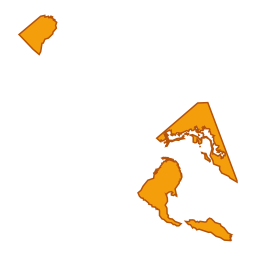 South New Georgia-Rendova, Western, Solomon Islands (orthographic projection)
{"feature_id": "97153195B70216176300277", "entity_name": "South New Georgia-Rendova", "entity_type": "district", "adm_level": 2, "iso_a3": "SLB", "parent_name": "Solomon Islands", "parent_adm1": "Western", "projection": "orthographic", "projection_center": [157.385, -8.25], "detail": "fine", "context": "isolated", "style": "filled", "palette": "amber", "viewbox_px": 256, "rotation_deg": 0, "n_neighbors": 0, "source": "geoboundaries", "source_scale": "gbopen_adm2", "svg_char_len": 6075}
<svg xmlns="http://www.w3.org/2000/svg" viewBox="0 0 256 256"><path d="M160.6,141.7L160.1,141.0L160.8,141.6L161.2,140.1L162.2,141.0L165.1,139.6L166.0,136.7L165.6,135.9L164.4,136.4L165.0,136.1L164.8,135.1L165.0,135.0L164.4,134.3L166.7,134.3L165.9,132.7L165.2,132.6L169.6,130.1L170.1,130.8L171.2,130.3L171.4,134.0L172.3,134.0L170.9,134.8L172.2,135.6L174.2,134.4L175.2,135.2L176.6,132.9L178.9,132.8L179.1,133.7L181.0,133.0L181.4,134.5L181.5,133.0L186.8,130.6L188.6,131.5L189.4,129.6L191.0,129.1L191.9,130.6L193.0,130.5L195.1,129.3L195.5,127.7L194.6,127.7L194.8,127.0L196.5,126.3L197.7,129.2L198.8,129.4L197.7,130.8L197.4,129.3L195.9,130.1L196.3,131.3L195.7,131.2L197.2,132.3L198.7,132.3L198.5,131.6L200.1,132.0L200.7,130.5L202.8,130.5L203.3,130.0L202.5,128.0L204.2,128.6L203.4,127.0L204.1,127.2L204.4,126.5L206.3,128.7L209.0,128.7L209.8,129.3L209.0,131.6L210.1,131.4L210.9,134.4L214.3,135.7L212.6,137.1L213.6,137.7L213.6,140.6L215.7,145.0L218.8,145.8L218.6,147.2L216.2,149.2L216.6,150.4L219.4,150.2L217.5,152.1L219.1,152.5L220.4,151.2L221.9,151.3L222.5,153.2L223.6,151.8L225.2,153.3L225.0,155.6L223.9,155.3L222.9,158.0L221.4,158.2L221.1,159.2L221.3,157.5L221.7,156.9L220.3,155.8L220.6,154.2L218.0,156.1L213.8,153.7L212.9,153.9L212.7,151.6L211.7,150.1L210.1,155.6L212.8,160.4L213.6,164.0L219.7,166.4L219.6,169.5L221.7,173.0L228.8,176.3L230.0,178.0L237.0,182.1L236.9,180.4L207.8,102.6L197.7,103.0L156.7,138.2L160.6,141.7ZM181.7,175.4L181.5,173.7L180.3,172.1L180.3,170.9L179.5,170.7L179.7,168.5L179.3,168.6L178.2,166.8L178.2,164.5L177.4,164.7L177.8,163.8L176.1,161.5L174.7,160.7L175.5,161.8L174.3,161.8L173.8,161.5L174.4,160.7L173.5,161.2L173.3,160.2L172.8,160.9L169.3,159.8L168.0,160.2L168.6,159.3L167.7,158.7L166.7,159.3L166.5,160.9L166.0,160.1L165.2,161.5L164.1,161.3L163.0,163.0L161.8,163.3L162.0,164.3L160.2,166.5L160.5,167.4L159.4,167.8L159.0,168.8L157.9,168.9L157.9,170.4L156.9,170.8L157.1,172.4L155.8,173.6L155.2,172.7L154.9,173.7L155.7,173.9L154.2,173.6L154.0,172.9L153.7,173.1L154.2,174.4L153.6,178.3L147.9,180.2L143.2,186.0L140.9,190.4L138.0,192.8L139.4,196.1L141.1,197.9L143.3,198.4L143.5,200.0L145.1,200.0L148.7,203.1L148.7,204.1L151.7,205.0L152.1,206.7L155.6,207.2L156.2,209.1L156.8,208.6L157.4,208.6L157.6,209.4L158.9,209.5L159.5,210.7L159.5,215.5L161.9,218.8L163.9,219.5L167.0,222.2L171.4,222.8L173.3,224.5L174.8,224.5L176.8,225.9L178.9,225.8L181.1,223.7L175.1,221.5L172.3,219.0L169.6,218.7L168.0,217.2L168.4,215.4L167.1,213.8L166.9,208.0L165.2,205.1L167.5,201.4L167.3,197.9L166.0,194.3L166.7,194.8L166.8,193.6L169.2,192.0L171.7,191.7L172.7,192.7L171.3,193.7L171.4,195.0L173.5,195.5L176.1,193.7L175.1,188.9L179.2,183.0L179.2,181.4L180.5,180.7L180.2,179.3L181.0,179.3L181.6,177.8L181.1,174.7L181.7,175.4ZM19.0,34.5L33.2,49.4L39.2,54.5L40.7,51.6L42.0,43.3L43.3,43.0L44.9,39.2L48.4,38.1L52.8,33.8L53.0,32.1L56.4,28.1L55.6,25.6L56.7,22.3L55.1,21.2L54.8,19.6L53.7,19.3L54.1,20.2L53.5,20.2L52.8,18.2L51.6,17.9L52.4,16.8L50.9,16.2L50.0,17.0L50.5,17.4L48.8,17.7L48.4,16.3L45.0,17.1L44.8,15.4L40.6,16.3L19.0,34.5ZM231.8,234.8L227.9,232.9L224.2,228.0L220.8,225.7L220.4,224.1L215.1,222.5L211.5,218.9L209.5,218.2L207.4,219.8L206.5,221.7L205.0,222.1L200.0,221.3L198.8,222.4L197.5,221.4L195.8,222.0L194.0,220.1L192.3,219.9L189.6,220.0L189.5,221.2L188.4,221.7L185.6,221.4L188.4,224.4L190.5,224.8L192.7,228.0L193.6,227.3L195.8,228.4L196.6,229.8L199.2,229.2L208.5,232.3L210.9,232.2L215.9,236.2L220.4,237.6L224.3,240.1L230.8,240.6L231.2,240.1L230.2,239.2L230.9,237.9L230.1,237.2L231.2,236.4L230.3,235.8L231.8,234.8ZM209.0,139.1L206.5,136.6L203.6,136.8L201.4,137.7L200.4,139.8L197.4,136.8L192.9,134.8L192.4,135.7L193.2,137.2L193.2,142.0L195.0,142.8L196.7,142.4L197.1,139.1L198.5,141.0L198.7,143.4L199.6,144.0L201.6,142.9L201.8,138.5L202.5,137.7L206.1,137.4L209.0,139.1ZM210.4,160.5L210.0,161.0L210.0,159.8L207.4,157.2L205.9,153.5L203.3,153.2L204.8,154.6L205.1,158.6L209.4,161.2L210.1,161.4L210.4,160.5ZM184.1,138.6L182.3,137.3L182.2,137.9L177.0,138.6L172.7,140.5L169.4,140.3L169.9,141.2L171.9,141.6L175.6,140.0L178.8,140.3L180.1,139.3L184.1,138.6ZM213.3,148.9L211.2,143.6L211.1,140.8L209.2,139.1L210.8,141.7L211.2,145.7L212.7,151.1L213.3,148.9ZM169.5,141.5L168.4,140.2L168.4,141.3L167.4,141.9L166.8,144.6L165.4,146.2L166.6,145.6L166.1,146.3L167.0,146.1L169.5,141.5ZM187.7,134.1L186.6,132.9L184.4,134.2L186.8,134.1L187.3,134.8L187.7,134.1ZM168.2,135.3L167.2,134.2L166.1,134.5L166.8,136.4L168.2,135.3ZM166.1,158.4L165.9,157.5L163.1,157.6L163.4,158.6L166.1,158.4ZM156.7,172.3L156.3,171.5L155.9,171.9L155.7,170.3L154.7,172.3L156.7,172.3ZM172.6,160.2L172.1,159.1L169.1,158.5L171.5,159.1L172.6,160.2ZM192.6,134.5L191.9,134.8L190.3,135.1L191.6,135.7L192.6,134.5ZM168.7,158.2L167.9,157.6L166.5,157.9L166.7,158.4L168.7,158.2ZM176.7,196.1L176.6,194.7L176.1,194.4L175.9,195.7L176.7,196.1ZM203.2,133.7L202.8,132.8L201.5,133.0L203.2,133.7ZM203.0,153.2L202.4,152.6L201.7,152.5L202.1,153.4L203.0,153.2ZM183.8,136.5L183.7,135.4L183.4,135.4L182.6,136.7L183.8,136.5ZM162.7,158.8L162.9,157.7L161.9,158.1L162.7,158.8ZM213.3,144.4L213.8,143.6L213.3,143.5L213.3,144.4ZM179.2,135.7L179.6,134.8L178.6,135.1L179.2,135.7ZM167.8,139.8L166.5,139.9L166.7,140.7L167.4,140.4L167.8,139.8ZM204.0,135.2L203.3,135.3L203.6,136.3L203.5,135.5L204.0,135.2ZM168.1,138.6L167.8,137.8L167.4,138.4L168.1,138.6ZM166.8,138.0L166.0,137.5L165.7,138.1L166.3,138.4L166.8,138.0ZM166.5,141.7L166.0,141.8L165.6,142.5L166.1,142.4L166.5,141.7ZM188.5,133.6L187.9,133.6L187.9,134.6L188.2,134.5L188.5,133.6ZM199.2,135.3L198.7,134.8L198.8,135.5L199.2,135.3ZM165.2,142.6L164.7,142.2L164.4,142.3L164.5,142.9L165.2,142.6ZM165.0,135.9L165.3,135.1L164.9,135.1L165.0,135.9ZM168.1,140.6L167.5,140.7L167.4,141.3L167.9,141.1L168.1,140.6ZM178.8,134.8L179.0,134.1L178.3,134.5L178.8,134.8ZM156.6,169.9L156.4,169.6L155.9,170.2L156.6,169.9ZM179.2,167.9L179.5,167.9L179.2,167.4L179.2,167.9ZM200.0,146.7L200.5,146.0L199.9,146.5L199.5,146.7L200.0,146.7ZM198.4,141.6L198.2,140.9L197.7,140.3L198.4,141.6ZM170.4,159.5L170.8,159.5L170.3,159.3L170.4,159.5ZM203.9,138.1L204.5,138.0L203.8,138.0L203.9,138.1Z" fill="#f59e0b" stroke="#b45309" stroke-width="1.5"/></svg>